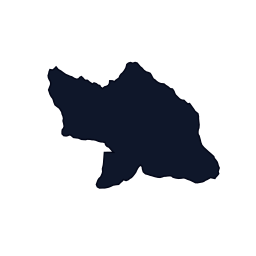 José Boiteux, Santa Catarina, Brazil, rotated 318°
{"feature_id": "56859067B74314502479373", "entity_name": "José Boiteux", "entity_type": "district", "adm_level": 2, "iso_a3": "BRA", "parent_name": "Brazil", "parent_adm1": "Santa Catarina", "projection": "mercator", "projection_center": [-49.654, -26.855], "detail": "fine", "context": "isolated", "style": "filled", "palette": "ink", "viewbox_px": 256, "rotation_deg": 318, "n_neighbors": 0, "source": "geoboundaries", "source_scale": "gbopen_adm2", "svg_char_len": 2933}
<svg xmlns="http://www.w3.org/2000/svg" viewBox="0 0 256 256"><g transform="rotate(318 128 128)"><path d="M187.1,128.8L185.6,127.0L185.2,123.9L184.5,121.7L184.2,119.4L182.0,117.0L180.9,114.8L180.3,112.5L180.2,110.6L179.6,108.4L180.1,106.2L180.6,104.5L181.0,102.2L180.2,100.4L179.0,98.6L178.3,95.7L178.4,92.8L178.0,90.6L178.1,88.1L178.2,85.8L177.1,84.1L174.8,83.1L173.6,81.0L171.7,80.1L169.7,80.0L168.3,81.0L166.5,82.1L163.7,83.0L160.9,83.5L159.0,83.4L156.8,83.9L155.0,84.9L153.0,84.7L150.9,84.4L149.0,84.6L147.9,82.5L146.0,80.7L144.1,82.5L141.8,83.2L139.9,82.7L138.1,81.8L135.5,81.7L134.9,79.2L135.4,77.5L134.4,76.1L134.0,73.8L132.9,71.8L130.8,71.5L130.5,69.7L130.0,67.9L129.8,65.5L127.8,63.6L127.9,60.7L127.7,58.6L126.1,58.2L124.1,58.5L122.2,57.2L121.1,54.9L120.4,52.3L119.4,50.8L118.5,48.7L117.5,46.7L116.8,43.8L116.2,40.8L115.2,37.8L115.4,34.5L113.0,34.7L110.7,34.5L109.1,32.4L107.1,33.4L105.4,34.7L103.8,35.6L102.7,37.2L102.0,39.1L101.6,41.1L100.7,42.9L99.3,44.2L96.7,45.5L94.5,46.6L93.7,48.6L92.7,50.8L92.1,53.2L91.9,55.8L91.2,57.5L90.3,59.3L89.3,62.0L89.8,64.9L90.3,67.4L89.9,70.0L89.5,71.9L88.5,73.4L87.8,75.5L86.6,77.7L84.5,79.3L83.2,81.8L81.7,84.1L80.0,85.1L78.0,85.4L76.6,86.6L75.1,88.3L75.2,90.7L76.8,92.5L78.2,93.3L79.7,93.7L80.8,95.1L81.2,98.5L82.9,100.5L84.5,102.3L85.8,105.2L87.5,107.0L88.7,108.2L90.4,109.1L92.3,111.0L93.4,112.5L94.6,113.6L96.0,115.5L97.2,118.0L98.6,120.1L99.9,121.4L101.3,123.4L100.2,125.5L100.2,127.6L101.1,129.6L101.0,136.5L94.1,130.4L86.5,137.7L84.9,139.1L83.3,140.2L81.7,141.3L80.0,143.6L78.5,144.6L76.6,145.5L74.8,146.2L72.7,146.2L70.9,146.7L69.1,147.6L66.7,148.9L65.9,151.2L66.7,153.5L69.0,155.4L70.8,157.0L72.8,158.2L74.3,159.0L76.2,159.7L78.7,160.4L81.2,162.0L83.4,163.6L85.9,163.4L88.2,163.5L90.1,163.2L91.4,165.7L93.5,166.5L95.6,166.6L97.4,167.0L99.2,166.9L101.6,166.5L104.0,166.0L106.5,164.9L108.5,164.2L110.3,163.8L112.5,163.9L112.8,166.1L111.3,168.3L110.1,170.8L110.4,173.7L112.0,176.1L112.8,177.7L113.9,179.3L115.5,182.0L117.2,184.4L118.8,186.1L120.7,187.1L122.5,187.8L123.9,189.0L125.5,190.1L126.9,191.2L128.3,192.6L128.6,194.7L130.2,197.2L132.0,199.3L134.1,200.9L135.9,202.1L137.0,203.5L138.0,205.8L139.5,208.5L140.6,211.2L141.6,213.8L143.0,215.1L145.3,216.5L147.2,217.7L148.7,218.3L150.5,218.5L152.2,219.1L154.0,219.5L156.2,220.0L157.8,222.2L158.8,223.6L160.3,223.2L162.7,223.0L164.8,222.6L165.7,220.7L167.4,219.6L169.0,218.7L169.7,216.5L170.7,214.6L171.4,213.0L171.7,210.6L171.8,208.2L172.6,206.6L172.4,204.5L172.2,202.5L171.8,199.7L171.5,196.5L171.2,193.4L171.3,190.2L172.4,187.3L173.5,185.4L174.5,183.4L175.5,181.4L175.8,179.6L177.3,177.7L179.1,176.1L180.7,175.3L183.0,173.1L184.9,170.4L186.8,167.9L188.1,166.5L189.5,164.1L188.9,160.3L189.3,158.2L189.6,155.4L189.9,152.9L190.1,151.0L188.5,150.2L188.2,147.6L188.1,144.9L186.6,143.3L185.7,141.0L185.6,139.1L185.5,137.0L185.4,135.0L186.0,133.1L186.7,131.4L187.1,128.8Z" fill="#0f172a" stroke="#020617" stroke-width="1.5"/></g></svg>